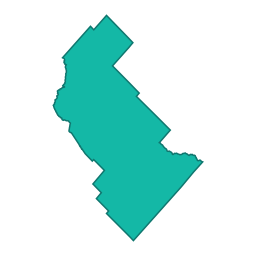 the district of Alberti, Buenos Aires, Argentina
{"feature_id": "61730980B40572574294935", "entity_name": "Alberti", "entity_type": "district", "adm_level": 2, "iso_a3": "ARG", "parent_name": "Argentina", "parent_adm1": "Buenos Aires", "projection": "equal_earth", "projection_center": [-60.326, -35.028], "detail": "fine", "context": "isolated", "style": "filled", "palette": "teal", "viewbox_px": 256, "rotation_deg": 0, "n_neighbors": 0, "source": "geoboundaries", "source_scale": "gbopen_adm2", "svg_char_len": 4270}
<svg xmlns="http://www.w3.org/2000/svg" viewBox="0 0 256 256"><path d="M132.9,42.7L129.5,39.1L106.5,15.4L93.8,29.8L90.5,26.3L62.5,57.8L62.8,58.0L63.3,58.0L63.7,58.2L64.0,58.4L64.3,58.8L64.5,59.4L64.6,59.9L64.5,60.2L64.4,60.5L64.6,60.9L64.4,61.1L64.1,61.2L64.2,61.6L64.2,62.0L64.0,62.3L64.0,62.5L64.1,62.8L64.4,62.9L64.8,63.2L64.8,63.6L64.9,64.2L65.4,64.5L66.0,64.7L66.2,64.8L65.9,65.2L65.8,65.6L65.6,66.0L65.4,66.7L65.4,67.1L65.4,67.5L65.5,67.8L65.9,68.4L66.1,68.6L66.0,69.3L66.1,69.8L66.3,70.3L66.4,70.8L66.3,71.2L66.4,71.7L66.4,72.1L66.3,72.7L66.2,72.9L65.9,73.3L65.7,74.1L65.9,74.5L65.9,75.1L65.8,75.7L65.6,76.2L65.5,76.5L65.4,77.1L65.4,77.5L65.6,78.0L65.5,78.5L65.5,79.1L65.4,79.4L65.2,79.7L65.1,80.0L65.2,80.9L65.3,81.2L65.3,81.8L65.1,82.2L64.9,82.5L64.8,83.0L64.8,83.6L64.5,83.9L64.0,84.2L63.7,84.5L63.5,84.9L63.3,85.2L63.1,85.3L62.9,85.5L62.7,85.8L62.9,86.1L63.1,86.1L63.3,86.0L63.7,86.2L64.1,86.5L64.4,86.7L64.5,87.0L64.1,87.3L63.8,87.4L63.3,87.3L63.1,87.4L62.8,87.5L62.5,87.6L62.2,87.8L61.9,88.0L61.7,88.2L61.4,88.5L61.1,88.8L60.9,88.8L60.5,88.8L60.2,88.9L59.9,89.2L59.8,89.5L59.7,89.8L59.4,89.9L58.8,89.9L58.4,90.2L58.2,90.4L57.9,90.6L57.4,91.1L57.5,91.6L57.7,92.1L57.9,92.4L57.6,92.9L57.5,93.2L57.7,93.5L57.9,93.7L58.1,93.8L58.2,94.4L58.1,94.7L57.8,95.1L57.5,95.4L57.3,95.5L56.9,95.9L56.8,96.0L56.9,96.6L57.1,96.9L57.3,97.2L57.1,97.6L57.0,97.9L56.9,98.4L56.6,98.7L56.3,99.0L56.0,99.3L55.7,99.7L55.3,99.7L55.0,100.0L55.1,100.5L55.3,101.0L55.1,101.6L55.1,102.1L54.8,102.4L54.7,102.8L54.4,103.2L54.5,103.8L54.5,104.2L54.0,104.6L53.5,105.0L53.3,105.4L53.5,105.6L53.7,106.1L53.8,106.7L54.0,107.2L54.1,107.7L54.2,108.1L54.5,108.5L54.7,108.9L54.8,109.4L55.1,109.8L55.3,110.2L55.6,110.7L55.8,110.9L55.8,111.4L56.0,111.9L56.3,112.2L56.6,112.5L56.7,112.9L56.9,113.3L57.1,113.7L57.3,114.2L57.4,114.3L57.5,114.5L57.7,114.8L57.8,115.1L58.0,115.3L58.3,115.5L58.5,115.6L58.7,115.9L58.8,116.2L59.1,116.5L59.6,116.7L59.9,116.8L60.2,117.0L60.4,117.6L60.7,117.8L60.9,117.8L61.3,117.8L61.6,118.0L61.8,118.2L61.8,118.5L61.9,118.8L61.9,119.1L62.1,119.4L62.3,119.8L62.8,120.1L63.4,120.3L63.8,120.0L64.1,119.8L64.6,120.0L65.1,120.2L65.7,120.5L66.1,120.6L66.8,120.8L67.6,120.8L68.1,120.8L68.6,121.1L69.0,121.7L69.4,122.2L69.9,122.7L70.4,123.1L70.3,123.7L70.1,124.3L70.0,124.7L69.9,125.4L69.8,126.1L69.7,126.6L69.5,127.6L69.4,128.2L69.3,129.2L69.1,129.9L69.0,130.7L69.1,131.4L69.6,131.9L70.1,132.3L70.3,132.4L70.8,132.6L71.1,132.8L71.4,132.8L78.9,144.2L79.9,146.3L80.2,146.1L81.6,149.0L81.9,148.8L85.2,153.7L92.3,161.1L93.7,159.6L104.4,170.4L92.9,184.0L101.3,192.7L96.4,198.6L108.6,211.0L106.5,213.5L129.4,236.4L133.4,240.6L181.4,186.7L193.6,172.0L202.7,161.9L202.2,161.7L201.9,161.6L201.6,161.5L201.3,161.3L201.0,161.0L200.8,160.6L200.5,160.3L199.9,160.1L199.6,160.2L199.2,160.4L198.9,160.5L198.5,160.7L198.1,160.7L197.6,160.5L197.3,160.2L197.1,159.6L196.9,159.2L196.7,158.7L196.3,158.4L196.3,158.0L196.1,157.4L195.8,157.2L195.5,156.8L195.4,156.4L195.2,155.7L194.6,155.3L194.2,155.2L193.7,155.3L193.2,155.3L192.8,154.9L192.2,154.4L191.7,154.5L191.3,154.7L190.8,154.4L190.4,154.4L190.0,154.6L189.8,155.0L189.5,155.2L189.2,155.4L188.8,155.3L188.5,155.2L188.3,155.0L188.0,154.7L187.6,154.4L187.3,154.3L186.9,153.8L186.3,153.8L186.0,153.6L185.6,153.3L185.3,153.0L184.9,153.1L184.4,153.2L184.1,153.3L183.8,153.5L183.3,153.4L183.0,153.4L182.7,153.6L182.2,154.0L181.9,154.3L181.5,154.5L181.0,154.5L180.5,154.6L180.1,154.7L179.5,154.6L179.1,154.3L178.5,154.1L178.1,154.0L177.6,153.9L177.2,153.6L177.0,153.4L176.5,153.2L176.0,153.4L175.5,153.5L175.1,153.4L174.7,153.3L174.2,153.5L173.9,153.9L173.5,154.2L173.2,154.4L172.9,154.5L172.4,154.2L172.3,153.8L172.2,153.4L172.0,153.0L171.6,152.7L171.4,152.3L171.0,152.1L170.5,151.9L170.1,151.6L169.7,151.3L169.4,151.1L168.9,151.2L168.5,151.3L168.2,151.3L167.7,151.3L167.3,151.1L167.0,150.8L166.9,150.4L166.8,150.0L166.6,149.5L166.4,149.1L166.0,148.8L165.7,148.6L165.4,148.3L164.8,148.1L164.4,147.7L164.2,147.4L163.8,146.9L163.6,146.6L163.2,146.2L163.0,145.8L162.7,145.3L162.4,144.9L161.8,144.7L161.4,144.3L160.9,144.0L160.7,143.7L160.4,143.2L160.2,142.9L159.8,142.9L159.5,142.8L159.3,142.7L170.3,130.1L156.3,116.1L136.4,96.4L139.2,93.1L129.4,83.0L112.5,65.9L129.4,46.9L130.6,45.4L132.9,42.7Z" fill="#14b8a6" stroke="#0f766e" stroke-width="1.5"/></svg>